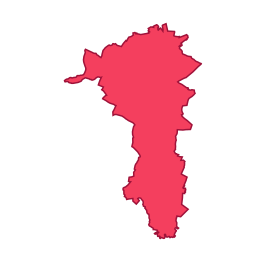 the district of Ricaurte (Coloso), Sucre, Colombia, rotated 185°
{"feature_id": "7082276B22161740589779", "entity_name": "Ricaurte (Coloso)", "entity_type": "district", "adm_level": 2, "iso_a3": "COL", "parent_name": "Colombia", "parent_adm1": "Sucre", "projection": "albers", "projection_center": [-75.366, 9.541], "detail": "fine", "context": "isolated", "style": "filled", "palette": "rose", "viewbox_px": 256, "rotation_deg": 185, "n_neighbors": 0, "source": "geoboundaries", "source_scale": "gbopen_adm2", "svg_char_len": 5724}
<svg xmlns="http://www.w3.org/2000/svg" viewBox="0 0 256 256"><g transform="rotate(185 128 128)"><path d="M98.1,32.3L96.5,31.7L96.1,31.3L94.5,30.6L94.1,30.1L94.0,29.0L93.0,29.1L90.0,28.7L89.8,28.6L89.9,27.4L88.3,26.8L88.5,26.3L89.4,26.6L90.4,26.6L91.4,26.1L92.4,25.2L91.9,24.7L91.2,24.7L89.6,25.2L89.0,22.7L88.7,22.6L88.3,22.6L87.1,23.0L86.7,22.8L86.9,21.8L86.6,20.9L86.2,20.8L85.2,21.8L83.0,21.2L82.6,21.2L82.2,21.4L81.9,21.8L81.6,22.7L82.3,24.6L82.3,25.1L82.0,25.3L81.6,25.3L81.4,25.2L80.7,23.4L80.0,22.8L79.7,22.7L78.9,22.9L77.7,23.6L77.3,23.5L76.7,22.5L76.0,22.7L75.4,23.3L73.8,22.9L73.5,23.2L73.2,24.0L72.9,24.2L72.5,23.4L72.2,23.4L71.5,24.6L72.3,25.4L72.5,25.7L72.5,26.2L71.6,28.6L70.9,29.7L71.0,30.1L72.3,31.1L72.5,31.6L72.3,32.3L72.1,32.6L71.3,32.8L70.0,32.0L69.6,31.9L68.9,32.7L70.3,33.5L71.0,34.4L71.1,37.8L72.1,39.7L72.1,41.7L71.9,43.0L71.7,43.0L71.6,44.5L67.8,44.2L61.0,52.3L67.9,56.5L67.7,63.1L67.9,67.6L65.9,67.7L65.9,69.1L65.4,69.1L65.6,69.6L65.5,69.9L65.3,69.9L65.2,70.4L65.6,70.6L65.2,71.8L65.6,72.0L65.5,72.9L66.5,73.1L66.6,72.8L67.3,72.9L67.5,72.7L68.0,73.2L68.0,73.4L67.3,75.1L66.8,75.0L66.6,75.4L66.7,75.8L67.1,76.1L65.6,80.9L65.4,82.3L64.9,84.2L70.8,86.7L70.8,87.3L68.6,93.7L68.8,94.4L68.5,95.6L68.5,97.4L68.8,98.4L68.4,99.6L70.0,100.8L72.5,100.4L71.4,103.9L73.7,103.9L75.2,104.4L76.2,104.4L76.2,105.3L75.6,105.9L76.7,106.0L77.4,106.6L78.3,106.5L79.2,107.6L80.0,108.9L78.8,111.0L79.0,111.3L79.0,113.6L79.4,116.1L79.3,118.6L78.9,120.1L79.2,121.1L79.4,121.5L79.5,122.5L79.9,123.9L78.7,126.5L78.6,127.5L78.7,130.6L73.1,130.8L70.3,131.4L65.7,132.0L65.3,133.4L64.5,136.7L69.4,140.4L72.6,142.4L75.2,144.4L75.8,145.8L74.7,146.1L74.4,147.1L75.1,148.1L75.6,149.1L76.0,150.4L76.1,151.9L75.9,153.3L75.3,154.9L71.3,155.7L70.7,160.2L70.4,161.5L69.9,162.6L69.7,162.9L67.0,165.0L65.5,166.6L64.2,168.4L64.9,169.5L65.3,171.5L67.8,171.7L68.7,171.2L69.5,171.2L71.2,171.5L71.7,171.9L71.3,172.6L71.6,173.2L72.0,173.3L73.1,173.2L78.3,176.2L80.9,177.1L82.5,178.3L81.4,179.3L77.6,181.8L75.5,183.0L74.7,183.2L68.2,189.6L63.6,195.1L60.8,198.0L60.6,198.4L60.8,198.6L62.5,199.0L64.2,199.8L66.0,200.3L67.4,201.2L68.4,202.1L69.6,202.5L70.5,203.0L71.1,203.8L71.4,204.6L74.1,204.7L75.3,204.9L76.9,205.6L79.9,206.5L80.6,207.6L80.7,208.9L80.9,209.4L81.9,210.5L83.6,211.6L83.6,213.1L84.2,213.8L83.1,215.0L82.5,214.1L81.4,215.0L81.9,216.6L82.6,217.1L78.0,221.2L77.8,220.9L77.7,221.0L77.5,220.9L77.0,221.4L77.4,221.8L76.1,223.2L76.2,223.3L76.4,224.7L76.6,225.2L77.2,225.5L77.7,226.1L84.8,222.6L84.8,223.6L86.0,223.3L88.9,223.4L90.4,223.9L89.9,227.7L90.1,228.2L96.9,228.0L99.2,235.2L102.3,233.6L102.7,233.2L102.7,232.8L101.7,229.3L101.7,227.5L104.2,230.4L106.4,228.2L106.8,228.6L106.7,229.3L107.1,230.3L106.9,230.5L106.3,230.6L106.5,231.9L107.3,232.7L108.2,233.3L108.7,233.3L109.1,232.9L110.6,232.2L111.7,231.3L111.3,230.5L114.0,230.7L116.5,228.9L115.7,227.8L116.3,226.6L115.8,226.2L115.2,226.0L114.9,225.7L115.9,225.1L115.6,224.3L123.4,222.2L127.3,222.7L127.5,223.3L127.8,223.3L128.3,222.6L129.3,223.7L129.7,223.7L130.6,223.2L131.2,223.2L131.2,222.0L130.8,221.1L132.6,219.5L135.2,218.5L137.0,214.5L137.7,215.0L140.0,211.8L141.7,208.6L145.9,209.3L147.8,210.9L148.8,210.4L149.9,210.7L150.3,210.7L150.6,210.4L150.8,209.7L151.1,209.3L152.2,208.7L153.2,208.7L153.8,209.0L154.6,208.7L157.2,206.4L158.1,205.4L158.5,204.6L159.6,203.1L160.3,198.9L160.3,197.8L161.1,195.8L163.2,197.0L164.3,197.8L165.3,198.1L166.3,199.5L166.7,199.6L167.3,199.4L169.1,199.6L169.5,199.9L177.2,202.7L177.6,201.9L177.7,201.2L177.2,199.8L177.2,199.0L178.1,195.5L178.3,192.1L177.9,190.1L177.3,188.5L176.0,185.5L175.5,184.6L175.1,183.1L175.3,181.5L176.0,179.2L176.8,177.5L177.2,177.1L178.8,176.5L180.0,176.4L180.7,176.0L183.0,175.8L183.4,175.5L183.8,174.4L184.6,173.9L186.5,173.6L187.6,173.1L188.3,173.0L189.1,173.3L190.0,173.2L190.6,172.9L191.9,171.7L192.9,171.5L193.8,171.1L194.9,170.2L195.4,169.6L195.0,168.8L194.7,168.5L192.9,169.0L191.9,169.0L191.6,168.9L191.3,168.5L190.8,168.1L189.6,167.9L188.5,167.8L188.5,167.7L188.0,167.6L186.7,167.7L181.8,169.0L179.0,170.4L178.5,170.9L177.8,172.3L175.1,174.2L174.8,174.3L170.7,173.5L170.0,173.0L168.9,173.1L168.5,172.7L168.1,172.6L167.4,172.7L165.7,173.5L165.1,174.0L164.4,174.9L162.9,176.1L162.4,176.3L161.8,176.3L159.4,175.9L159.0,176.1L160.3,172.4L161.3,168.3L156.1,166.7L156.9,164.6L157.5,164.0L156.8,163.2L156.1,163.2L155.9,163.1L152.2,158.8L152.9,158.5L153.6,157.9L155.2,156.1L155.6,155.5L155.8,154.9L152.2,153.3L150.0,152.0L147.9,151.1L144.3,150.3L142.7,149.4L142.0,149.3L143.3,145.4L144.5,142.7L144.0,139.3L142.8,140.1L141.6,140.4L140.5,140.4L135.0,139.4L132.4,138.0L131.1,137.0L130.0,136.5L128.3,135.5L123.8,133.8L122.9,133.2L121.8,132.1L121.5,131.7L122.5,130.0L122.9,127.7L123.2,124.6L122.8,121.7L121.7,119.3L121.7,118.8L122.4,118.4L121.9,114.0L122.5,110.2L122.5,109.8L121.0,109.1L116.2,105.0L113.6,101.6L113.3,100.6L113.4,100.3L114.6,99.7L114.8,99.4L114.9,96.8L115.7,95.6L116.2,94.1L117.1,92.8L117.6,91.4L118.1,87.6L117.0,86.9L118.3,84.7L118.5,84.3L118.0,80.6L120.1,79.6L122.3,79.1L122.6,79.0L122.8,74.8L121.6,74.6L120.7,74.7L120.8,74.5L123.5,70.7L124.2,70.2L125.1,69.2L126.9,68.3L127.3,67.9L127.6,67.6L127.6,67.0L127.5,65.9L126.7,65.5L126.3,61.8L125.2,60.9L125.6,59.4L124.6,59.1L124.0,58.5L123.3,57.5L123.2,56.9L123.1,56.7L121.3,57.3L117.0,58.2L116.7,55.6L113.1,52.9L110.4,56.6L111.2,57.4L112.1,58.6L110.9,59.4L109.2,59.2L108.0,57.7L107.1,57.0L106.6,56.2L106.3,55.1L106.3,54.1L106.6,53.3L106.2,52.8L105.9,51.6L105.4,51.3L104.8,51.3L104.0,51.0L103.9,50.5L104.2,50.1L104.2,49.6L103.5,49.1L103.0,48.2L102.3,47.8L101.8,45.6L101.3,44.7L100.8,44.2L99.8,44.0L99.7,43.6L99.3,42.2L99.2,40.4L99.0,39.8L98.3,38.5L98.3,37.6L98.6,36.6L98.2,36.0L98.9,33.4L98.1,32.3Z" fill="#f43f5e" stroke="#9f1239" stroke-width="1.5"/></g></svg>